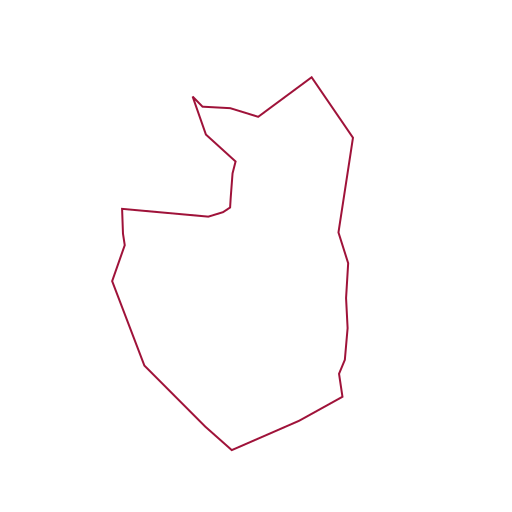 the district of Hospital Road, Castries, Saint Lucia, rotated 231°
{"feature_id": "8701671B16711141632325", "entity_name": "Hospital Road", "entity_type": "district", "adm_level": 2, "iso_a3": "LCA", "parent_name": "Saint Lucia", "parent_adm1": "Castries", "projection": "mercator", "projection_center": [-60.999, 14.009], "detail": "fine", "context": "isolated", "style": "outline", "palette": "rose", "viewbox_px": 512, "rotation_deg": 231, "n_neighbors": 0, "source": "geoboundaries", "source_scale": "gbopen_adm2", "svg_char_len": 525}
<svg xmlns="http://www.w3.org/2000/svg" viewBox="0 0 512 512"><g transform="rotate(231 256 256)"><path d="M376.9,181.6L357.1,166.7L347.0,160.8L327.0,128.4L241.1,100.3L155.2,109.2L120.4,115.0L100.8,185.9L92.2,234.6L112.2,246.4L119.4,259.7L142.3,281.8L166.6,299.5L192.4,323.1L222.4,334.9L274.5,392.2L286.9,405.8L359.9,411.7L362.8,345.3L387.1,329.0L405.7,308.4L419.8,307.1L381.9,293.5L342.3,299.6L335.0,289.8L317.4,273.2L310.0,266.4L310.8,258.0L316.6,243.7L376.9,181.6Z" fill="none" stroke="#9f1239" stroke-width="2"/></g></svg>